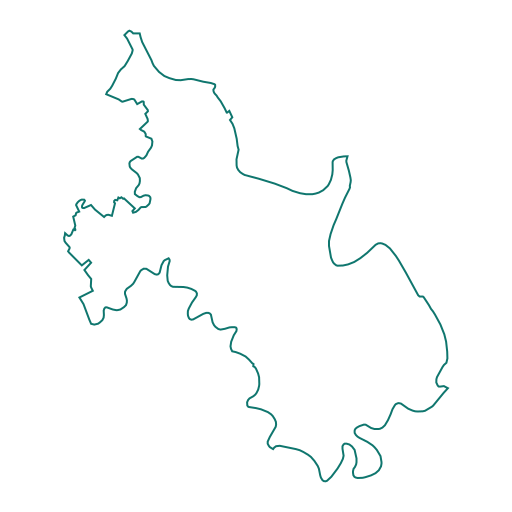 the district of Tu Ky, Hải Dương, Vietnam
{"feature_id": "81297802B38910067880652", "entity_name": "Tu Ky", "entity_type": "district", "adm_level": 2, "iso_a3": "VNM", "parent_name": "Vietnam", "parent_adm1": "Hải Dương", "projection": "robinson", "projection_center": [106.393, 20.817], "detail": "fine", "context": "isolated", "style": "outline", "palette": "teal", "viewbox_px": 512, "rotation_deg": 0, "n_neighbors": 0, "source": "geoboundaries", "source_scale": "gbopen_adm2", "svg_char_len": 6020}
<svg xmlns="http://www.w3.org/2000/svg" viewBox="0 0 512 512"><path d="M79.4,297.5L83.5,304.1L89.3,319.6L91.1,323.8L94.3,324.6L98.1,323.7L99.9,322.4L102.3,320.2L103.6,317.7L103.9,315.1L103.7,310.6L104.3,308.6L105.4,307.4L106.7,307.3L112.8,309.5L116.4,310.2L117.7,310.1L120.4,309.5L124.0,307.1L126.0,305.1L126.8,302.6L126.9,300.4L126.5,298.4L125.0,293.9L125.0,291.9L125.6,290.6L126.8,288.8L131.0,285.8L133.2,283.7L134.4,281.8L140.3,271.1L141.3,270.1L143.7,268.7L146.4,268.8L154.7,274.1L156.6,274.6L157.9,274.4L159.2,273.3L159.7,272.4L161.5,265.2L163.7,261.1L164.7,260.2L168.6,258.3L169.5,259.6L169.7,261.0L168.0,266.6L167.2,275.3L167.7,280.8L168.6,282.9L170.0,285.0L171.3,286.1L173.0,286.8L183.4,287.0L187.3,287.6L191.3,288.9L195.0,290.8L196.0,291.6L196.9,293.4L196.8,295.3L195.9,297.0L192.0,302.5L188.8,308.5L187.9,311.0L187.8,313.8L188.0,315.7L188.9,318.0L189.7,319.0L191.4,319.7L193.2,319.4L203.2,313.9L206.1,312.9L208.4,312.9L209.7,313.4L210.9,314.6L212.6,322.3L214.0,325.1L215.4,326.8L218.3,329.0L220.5,329.6L224.9,328.8L229.5,327.4L231.8,327.2L234.8,327.2L236.2,327.7L236.7,329.1L236.4,331.1L233.8,335.2L231.2,341.7L230.5,346.3L231.0,348.8L232.2,351.3L235.8,352.1L240.2,353.7L245.6,356.5L249.0,359.6L252.2,363.2L253.5,364.0L253.3,366.3L254.7,367.0L255.9,368.5L258.1,373.5L259.1,377.3L259.3,384.1L259.1,385.9L258.2,389.6L256.5,393.0L255.3,394.6L253.4,396.2L249.5,398.4L248.1,400.0L247.1,402.3L247.3,405.5L248.2,406.7L248.9,407.0L256.0,408.1L261.0,409.3L267.9,412.1L271.1,414.3L272.8,416.1L274.8,419.3L275.9,421.9L276.1,424.6L275.7,426.8L269.8,437.0L267.7,441.6L267.7,443.7L268.8,445.8L269.8,447.1L273.1,449.1L274.2,447.6L276.1,446.2L279.8,445.8L295.9,449.1L299.7,450.2L303.2,451.9L308.1,454.8L310.9,456.9L314.4,460.9L317.7,465.9L318.9,468.7L320.2,475.3L320.9,477.6L322.5,480.2L323.8,481.1L325.6,481.3L327.0,480.8L331.3,476.8L337.5,468.6L340.8,463.2L342.9,458.8L343.6,455.7L342.5,448.8L342.5,446.2L343.6,444.4L344.6,443.7L346.7,443.7L349.4,444.5L352.0,446.5L354.6,449.9L356.5,458.4L356.5,462.3L356.1,464.5L354.8,467.2L353.6,468.7L353.0,471.2L353.0,472.8L353.4,475.3L354.5,476.9L355.6,477.5L357.6,478.0L362.7,477.8L365.3,477.2L371.0,475.4L375.5,473.2L378.8,470.3L381.0,466.4L381.5,463.7L381.5,462.1L380.5,456.1L376.8,449.9L374.5,447.2L372.5,445.3L367.4,441.9L359.5,437.9L357.5,436.6L355.9,435.0L354.7,433.0L354.6,431.8L354.7,430.2L355.5,428.7L357.1,427.4L359.5,426.1L363.9,424.6L365.7,424.7L371.1,428.0L374.4,429.0L378.6,429.0L379.9,428.8L382.4,427.6L384.9,425.3L388.0,420.1L390.6,414.3L392.5,409.2L394.8,405.3L395.7,404.2L397.7,403.3L398.7,403.1L401.0,403.6L408.2,408.7L412.6,410.6L415.1,411.3L417.6,411.5L422.7,411.3L425.0,410.8L431.9,406.7L433.2,405.6L443.7,392.8L447.9,388.2L443.9,386.1L440.1,386.6L438.6,386.5L437.7,385.5L436.3,382.5L436.4,379.2L437.0,377.1L442.6,366.9L444.0,364.9L446.4,362.8L447.4,358.4L447.2,351.6L446.1,341.6L444.3,334.3L440.4,324.5L435.0,314.6L433.0,311.4L431.0,308.9L428.9,305.1L423.7,297.2L422.8,296.5L419.6,296.5L418.2,295.3L405.9,272.7L398.9,260.6L395.9,256.0L389.9,248.4L385.5,244.9L382.2,243.5L380.4,243.2L378.2,243.4L375.6,244.8L367.2,252.8L360.3,258.2L354.2,262.0L348.1,264.4L343.0,265.5L337.5,265.7L336.2,265.3L334.2,263.7L333.1,262.4L332.1,260.3L331.0,257.6L329.0,246.0L329.0,241.0L330.6,234.0L333.6,225.2L336.2,219.2L342.3,203.9L345.0,197.7L349.5,188.8L350.0,187.3L349.8,185.9L350.6,182.2L350.8,180.2L350.4,177.5L348.9,170.8L346.4,162.1L346.3,160.7L347.5,156.3L343.9,156.4L338.2,157.3L336.2,158.1L334.0,159.4L332.8,161.2L332.6,162.1L332.7,170.2L332.3,174.4L330.9,179.9L328.8,184.3L327.7,186.0L323.2,190.2L318.8,192.6L315.5,193.6L312.4,194.2L306.0,194.2L300.0,193.2L292.5,190.9L286.8,188.2L274.7,183.6L258.7,178.7L244.7,175.0L242.7,173.9L240.2,172.2L238.3,170.0L237.0,167.6L236.6,165.4L236.5,159.3L238.6,149.7L237.6,146.0L236.7,138.8L234.3,128.3L232.5,123.8L230.0,120.0L232.3,117.3L229.3,110.9L227.2,112.6L226.7,112.6L224.6,108.2L220.7,101.3L217.7,97.4L216.6,95.6L214.8,93.7L214.0,92.5L213.5,91.0L213.4,89.6L214.9,87.5L215.2,86.3L215.1,84.7L214.5,84.2L210.8,83.0L203.2,81.7L193.6,79.3L191.3,79.0L188.0,79.1L180.7,80.2L175.8,80.0L169.3,78.1L164.3,76.0L159.0,71.9L153.9,65.9L152.6,63.3L151.4,60.1L142.2,42.1L140.6,37.2L139.7,33.4L133.2,33.4L131.4,31.6L129.4,30.7L128.1,31.4L124.4,35.1L127.1,38.6L132.6,49.5L132.6,50.6L131.8,53.5L127.7,61.1L124.6,66.1L120.9,69.4L118.1,73.0L115.8,78.7L112.2,85.7L110.3,88.7L107.2,91.8L106.2,94.2L118.7,99.4L121.7,101.5L122.6,101.7L131.5,98.9L133.0,99.0L134.3,99.5L137.2,104.1L142.0,101.4L143.3,101.5L143.7,101.9L143.8,104.7L147.8,110.1L147.9,111.3L145.3,113.9L147.6,118.9L147.9,121.1L147.6,121.7L139.9,129.0L141.2,130.1L144.0,131.5L144.7,132.3L145.7,134.1L145.7,136.1L146.0,136.5L151.4,138.7L152.4,141.5L152.0,145.4L151.0,147.7L148.1,151.7L146.4,155.4L144.3,157.8L143.2,158.5L141.8,158.6L138.4,156.8L137.1,156.8L130.7,161.0L129.8,162.1L129.4,163.4L129.7,166.3L130.2,167.5L131.7,169.2L136.7,173.1L137.9,174.4L139.8,178.1L139.9,181.1L139.5,183.4L138.7,185.1L136.1,188.2L134.8,191.8L134.9,194.1L137.3,196.0L139.4,197.2L140.9,197.1L143.5,195.7L145.5,195.2L148.1,195.5L149.1,195.9L150.3,197.3L150.5,198.8L150.3,200.0L149.6,203.3L148.8,204.4L146.5,206.5L145.6,207.0L141.4,207.1L140.6,207.5L138.5,209.9L135.9,211.9L133.1,212.7L132.4,211.1L134.8,208.4L124.0,198.4L123.2,198.8L121.4,197.3L119.8,198.3L118.4,197.5L117.3,200.3L115.2,199.9L114.2,200.9L114.1,202.3L115.0,203.3L111.9,215.8L108.5,214.8L107.0,214.9L105.6,215.5L104.1,217.0L95.0,209.6L91.0,205.0L84.0,208.1L82.5,207.9L82.1,207.5L82.0,206.1L82.5,204.8L84.7,201.3L84.9,200.6L84.2,199.7L81.8,199.6L80.7,200.0L79.2,200.9L77.7,202.3L76.3,204.3L76.1,205.1L79.2,211.6L76.6,212.6L76.1,213.1L75.6,215.3L73.2,216.6L75.3,225.6L74.6,227.8L75.3,229.3L75.3,230.0L75.0,230.2L73.8,229.2L73.4,229.4L71.3,234.4L69.8,235.8L68.9,236.0L67.7,235.5L65.1,233.2L64.8,235.6L64.1,237.7L64.5,241.0L65.6,242.7L69.5,247.1L69.7,247.8L69.5,248.6L68.1,251.3L69.0,252.5L81.8,265.4L88.7,259.9L91.1,262.7L84.4,270.0L88.0,275.1L91.2,279.0L90.8,286.3L91.2,287.6L92.8,290.8L79.4,297.5Z" fill="none" stroke="#0f766e" stroke-width="2"/></svg>